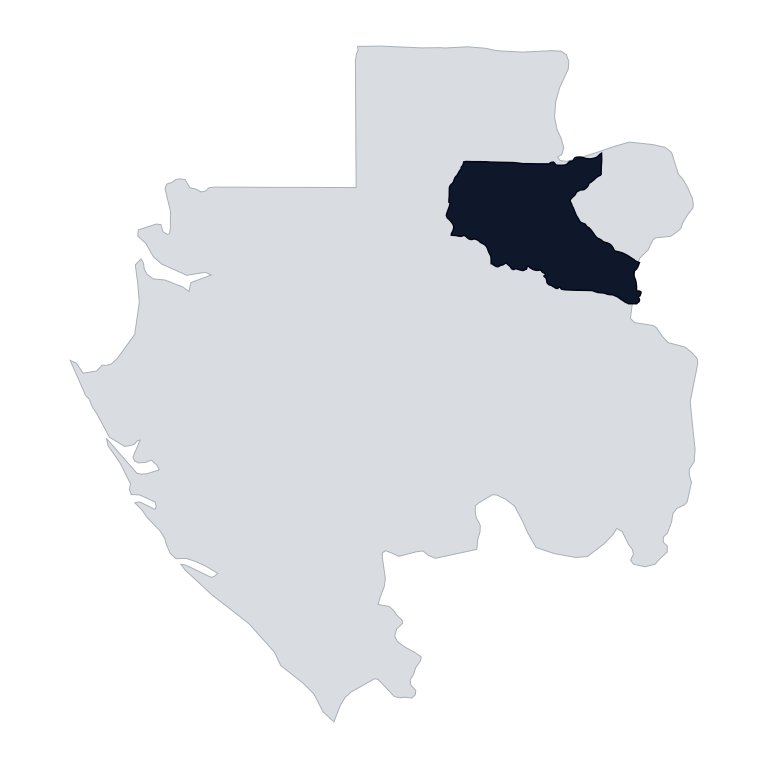 Ivindo, Ogooué-Ivindo, Gabon shown in context
{"feature_id": "22940354B21315660080276", "entity_name": "Ivindo", "entity_type": "district", "adm_level": 2, "iso_a3": "GAB", "parent_name": "Gabon", "parent_adm1": "Ogooué-Ivindo", "projection": "mercator", "projection_center": [13.138, 0.623], "detail": "fine", "context": "in_parent", "style": "filled", "palette": "ink", "viewbox_px": 768, "rotation_deg": 0, "n_neighbors": 0, "source": "geoboundaries", "source_scale": "gbopen_adm2", "svg_char_len": 7929}
<svg xmlns="http://www.w3.org/2000/svg" viewBox="0 0 768 768"><path d="M568.8,61.4L568.3,69.0L559.7,87.6L555.7,101.9L554.6,117.2L557.0,129.5L561.1,138.2L563.8,147.7L561.8,154.4L557.6,157.2L560.4,160.6L566.7,161.4L577.4,158.5L593.8,153.4L615.3,146.1L629.4,142.1L652.8,144.6L665.2,147.4L671.6,152.5L678.5,174.5L681.9,177.8L687.5,187.1L692.3,198.3L693.3,204.0L692.8,208.1L688.0,214.1L682.7,223.0L680.8,228.4L676.3,232.4L670.7,236.3L655.1,237.9L652.7,240.3L648.3,249.7L640.1,257.8L636.4,265.4L633.0,275.5L633.7,288.0L632.0,306.1L630.4,318.3L634.5,322.6L653.1,325.5L656.7,328.0L661.7,335.5L668.0,342.6L685.1,347.1L691.7,352.5L697.1,358.5L697.8,363.4L693.9,383.0L690.2,401.8L691.6,416.1L693.0,429.8L695.1,449.7L694.1,461.9L689.3,469.3L689.3,475.1L691.5,482.1L687.3,501.5L684.5,504.8L676.9,508.4L672.9,513.6L671.6,521.8L667.5,533.0L663.3,537.1L663.3,542.3L667.3,546.2L667.3,552.0L659.7,558.9L655.1,564.2L644.9,566.8L633.3,564.1L630.6,560.2L633.4,554.2L632.4,549.4L628.4,544.3L622.1,531.3L616.7,528.5L613.6,533.9L604.1,543.8L587.5,556.5L575.8,557.5L554.2,553.6L536.1,547.5L527.6,532.6L522.2,520.4L514.5,506.1L505.9,499.3L496.6,495.0L492.5,494.7L479.2,502.6L475.3,505.8L475.3,512.4L476.5,518.7L478.6,521.7L480.3,525.7L480.0,531.9L477.6,540.2L476.8,549.4L435.3,558.3L428.1,555.1L422.9,551.0L416.6,551.7L398.7,556.4L392.0,553.1L385.5,550.7L382.5,552.7L382.2,556.6L385.3,578.2L384.3,586.4L380.2,597.2L378.1,604.5L389.1,606.5L393.1,609.9L397.0,615.3L402.3,620.4L402.6,623.4L396.6,629.1L394.6,636.0L397.4,641.5L404.9,647.1L415.8,653.0L421.2,656.9L420.7,660.4L415.6,667.9L413.6,674.3L410.2,680.0L410.9,685.3L415.8,690.3L415.3,694.7L411.9,698.0L405.1,697.3L399.4,697.8L394.2,696.4L378.0,679.3L374.5,678.8L351.0,692.0L345.2,697.4L340.4,705.1L333.9,721.9L323.2,712.1L314.0,694.2L303.3,683.3L280.7,665.5L274.7,652.5L248.9,623.6L211.8,594.8L185.0,569.9L180.9,564.3L185.4,565.0L211.3,577.4L214.8,576.1L217.8,573.3L206.7,566.7L196.0,561.6L186.0,558.4L175.9,558.7L170.3,553.4L166.7,545.4L164.8,538.5L160.4,531.3L146.2,516.5L142.7,510.8L134.9,502.9L139.7,501.9L154.9,509.4L156.3,506.4L155.0,502.0L139.6,494.9L131.3,494.5L129.4,489.5L130.5,483.7L119.6,462.2L108.2,446.0L106.4,438.4L137.1,473.5L141.2,474.1L146.6,473.8L159.3,469.8L156.9,465.1L151.2,460.1L145.6,462.4L138.4,462.9L134.6,460.8L132.9,457.2L140.1,440.1L137.0,441.0L134.7,444.0L130.7,445.5L124.6,446.4L109.5,437.2L96.2,412.6L92.6,407.5L89.1,399.0L85.6,395.4L70.2,360.4L76.1,363.0L83.1,373.2L96.7,371.0L102.0,365.1L106.6,365.4L111.3,364.0L117.3,358.5L134.7,334.4L139.3,302.5L137.8,283.6L135.3,264.9L141.0,258.9L143.3,262.8L144.4,269.5L147.1,274.4L153.3,278.9L164.9,280.0L182.7,287.0L189.0,291.4L190.8,282.6L211.3,275.0L205.1,272.3L186.8,275.3L161.8,264.1L153.5,256.9L145.8,243.3L137.8,236.2L138.3,229.9L156.3,224.0L161.0,224.7L162.9,231.7L167.8,234.5L169.6,233.6L170.4,227.6L170.5,211.5L165.0,188.5L166.7,184.1L171.6,182.5L176.0,179.5L179.0,178.9L185.1,179.5L188.1,184.8L189.8,187.7L195.9,189.1L201.0,191.9L205.3,191.2L208.9,187.8L214.2,187.1L230.5,187.2L245.4,187.2L274.9,187.4L304.4,187.4L333.9,187.5L356.1,187.6L356.1,174.5L355.9,154.2L355.8,130.2L355.7,107.2L355.6,85.9L355.4,60.7L356.6,53.5L358.1,50.5L357.6,46.4L380.4,46.1L421.8,47.9L439.9,47.7L445.0,48.0L467.6,46.8L485.9,48.3L493.7,50.1L500.6,51.0L522.6,52.1L551.2,50.7L560.9,51.1L566.3,54.6L568.8,61.4Z" fill="#d9dde1" stroke="#a8b0b8" stroke-width="1"/><path d="M466.7,161.5L466.4,161.5L464.8,161.7L463.7,162.0L463.6,162.9L463.2,164.3L462.7,165.6L461.6,166.7L461.2,167.4L461.2,168.3L461.0,169.0L460.2,170.1L459.4,171.1L458.8,172.3L458.0,173.6L457.4,174.9L456.8,175.7L456.0,176.4L455.2,177.4L454.6,178.6L454.2,179.7L453.4,181.9L452.6,183.3L451.4,184.2L450.6,185.1L449.7,186.6L449.4,187.7L449.3,192.3L449.3,195.5L449.2,197.3L449.0,199.2L448.9,202.1L449.5,202.6L450.1,203.2L449.9,204.2L449.7,205.4L449.2,206.8L448.5,208.8L447.9,210.3L447.3,212.0L446.6,213.9L446.4,215.6L446.9,216.9L447.7,218.3L448.8,219.1L450.4,220.8L451.7,222.4L452.9,224.2L453.7,226.2L453.7,228.0L453.3,229.5L453.0,230.6L452.3,232.0L451.5,233.4L451.3,235.2L454.3,235.4L456.5,235.6L457.9,236.0L460.4,236.3L461.4,236.3L462.8,235.7L463.6,235.5L465.0,235.7L466.2,236.6L467.2,237.6L468.6,238.7L470.3,239.4L471.9,239.5L472.8,239.2L474.1,238.9L475.5,239.1L477.4,239.9L479.1,241.0L480.2,242.2L481.7,243.1L483.1,243.7L484.4,244.5L485.3,245.2L486.4,246.5L487.3,248.0L487.7,249.2L488.6,251.7L489.5,253.6L490.5,255.4L490.9,256.4L491.1,258.9L491.2,263.7L492.5,264.0L493.6,265.0L494.7,265.6L496.3,266.5L497.8,266.7L499.3,266.1L500.2,265.5L501.4,265.1L502.7,264.9L504.1,264.1L505.2,263.3L505.9,262.8L507.0,263.6L507.7,264.4L508.9,265.4L510.0,266.2L511.0,267.8L511.7,268.8L512.9,269.4L513.8,269.5L514.8,269.1L515.5,268.7L516.5,268.7L517.0,269.0L517.8,269.3L519.4,269.7L521.3,270.2L522.5,270.5L523.7,270.4L524.5,269.7L525.5,269.5L526.4,269.2L526.8,268.1L526.8,267.1L527.3,266.6L528.3,266.0L529.3,266.6L529.5,267.4L530.2,267.8L531.5,268.5L532.8,269.3L534.3,269.9L536.3,270.3L538.4,270.3L539.1,270.1L540.1,270.0L541.2,270.5L541.9,271.5L542.6,272.3L543.9,272.9L544.7,273.4L545.3,274.4L545.3,275.3L544.7,275.8L544.0,276.0L544.3,276.7L545.3,277.2L545.9,278.0L546.5,279.5L546.9,281.4L547.0,282.6L547.8,283.7L549.0,284.7L550.1,285.1L551.3,285.4L552.4,286.1L554.1,287.1L555.1,287.8L556.1,288.3L557.6,288.4L558.4,287.8L558.9,287.2L559.8,287.2L560.4,287.6L561.0,288.6L561.9,289.3L563.9,289.6L566.0,289.8L566.9,289.8L568.1,289.9L575.5,290.2L582.5,290.3L591.6,290.5L592.9,290.7L594.1,291.3L596.4,292.0L598.0,292.5L600.2,292.7L603.9,293.0L605.2,293.4L606.4,293.9L608.3,294.4L609.7,294.6L610.9,294.7L612.6,294.7L613.7,295.2L614.6,295.6L616.4,296.3L618.3,297.3L620.8,299.2L622.1,300.0L623.8,301.1L625.0,302.0L625.9,302.5L627.6,303.1L628.4,303.7L632.1,303.7L636.6,303.7L637.7,302.7L638.7,302.0L639.2,301.2L639.5,300.4L639.4,299.3L639.2,298.8L638.8,298.2L638.5,297.6L638.6,296.7L638.9,296.3L640.0,295.8L640.3,294.7L640.6,294.0L641.0,293.1L641.0,292.2L640.7,291.7L639.7,291.2L638.5,291.0L637.7,291.2L637.2,291.1L636.9,290.7L636.7,290.0L636.5,289.2L636.5,288.3L636.5,286.8L636.4,285.2L636.3,284.0L636.1,283.0L636.1,282.5L635.9,281.5L635.5,280.1L635.1,279.0L634.7,278.1L634.3,276.7L634.0,275.5L634.0,274.2L634.2,272.5L634.3,271.3L634.7,270.6L635.6,269.8L636.6,268.9L637.1,268.0L637.7,267.0L638.3,265.7L638.9,264.0L639.4,262.6L637.5,261.9L635.3,260.9L633.9,259.6L631.8,258.3L628.7,256.2L625.5,254.4L622.6,253.0L618.9,251.9L616.2,251.3L614.7,250.8L613.9,249.6L612.9,247.6L611.6,245.7L610.5,244.6L609.2,243.8L607.5,243.0L605.6,242.5L603.9,242.0L602.7,241.3L601.3,240.0L599.5,239.0L598.0,238.4L596.6,237.5L594.6,235.0L593.9,233.8L591.0,230.0L589.1,227.9L588.1,227.3L587.1,226.8L586.3,226.1L585.9,225.1L584.9,224.0L583.8,223.6L582.5,223.2L580.7,222.3L579.8,221.4L578.3,218.6L576.4,215.7L575.5,213.5L574.4,210.8L573.8,209.1L572.9,207.1L572.2,206.1L571.4,203.6L570.8,202.7L570.2,201.0L570.2,199.9L571.0,198.8L572.4,197.3L573.8,196.1L574.8,195.1L575.6,193.8L576.4,192.4L577.0,191.7L578.3,191.0L579.2,190.6L579.5,190.3L580.2,189.9L582.3,189.9L584.2,189.5L585.9,188.2L587.2,187.0L588.0,185.8L588.7,184.2L589.0,183.5L589.5,182.7L590.7,182.4L591.8,181.5L593.0,180.5L594.2,179.5L596.0,177.8L597.5,176.7L599.0,175.8L600.4,175.2L601.2,174.1L601.1,172.5L601.2,170.8L601.2,168.5L601.3,165.9L601.5,163.6L601.7,160.0L601.6,156.5L601.5,153.3L601.2,153.5L599.8,154.3L598.6,155.6L597.6,156.6L596.1,157.6L593.2,158.4L591.2,158.8L589.2,158.9L587.3,158.6L585.8,158.5L584.0,157.9L582.3,157.5L581.2,157.2L579.7,157.0L578.2,157.1L576.0,157.4L574.8,157.9L574.1,158.8L573.8,159.7L573.0,160.7L572.1,161.1L571.0,161.2L570.0,161.3L569.3,161.8L568.1,162.9L567.4,163.9L566.4,164.5L565.1,165.0L563.8,165.2L560.7,165.3L558.7,165.3L556.2,165.0L555.4,164.5L555.0,163.8L554.6,163.1L553.9,162.6L553.3,162.1L551.2,162.4L549.9,163.2L549.0,163.9L546.9,163.9L537.8,163.9L528.6,163.7L522.8,163.7L518.4,163.1L513.9,162.6L498.3,162.3L490.1,162.1L487.0,161.8L480.2,161.7L472.7,161.7L466.7,161.5Z" fill="#0f172a" stroke="#020617" stroke-width="1.5"/></svg>